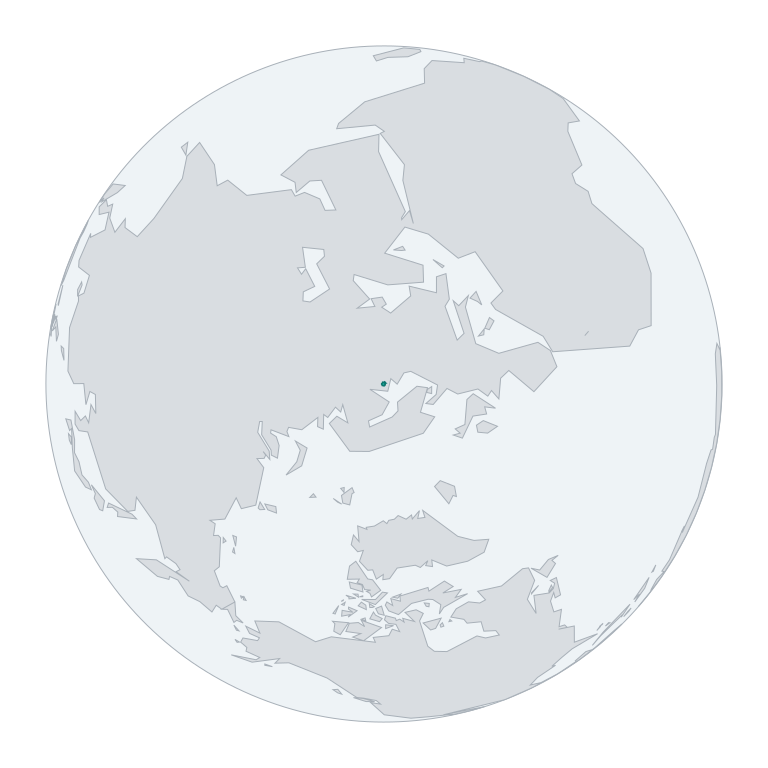 globe centered on Viljandi, rotated 203°
{"feature_id": "EST-2350", "entity_name": "Viljandi", "entity_type": "County", "adm_level": 1, "iso_a3": "EST", "parent_name": "Estonia", "parent_adm1": "", "projection": "orthographic", "projection_center": [25.42, 58.32], "detail": "fine", "context": "on_globe", "style": "filled", "palette": "teal", "viewbox_px": 768, "rotation_deg": 203, "n_neighbors": 0, "source": "natural_earth", "source_scale": "10m", "svg_char_len": 11972}
<svg xmlns="http://www.w3.org/2000/svg" viewBox="0 0 768 768"><g transform="rotate(203 384 384)"><circle cx="384" cy="384" r="338" fill="#eef3f6" stroke="#a8b0b8"/><path d="M149.0,141.1L150.5,139.8L200.1,102.7L165.4,126.3L171.5,121.3L177.1,116.9L193.6,105.1L191.6,106.9L212.4,95.4L228.6,86.9L254.5,79.6L271.7,85.5L262.1,88.0L267.4,89.6L279.8,86.9L286.6,84.8L321.5,91.1L362.6,90.2L375.3,84.4L372.8,90.5L396.7,76.4L418.8,75.0L393.9,80.2L391.5,83.7L406.6,84.1L407.3,87.9L415.1,90.4L414.6,95.1L400.1,98.4L399.5,101.7L410.3,101.9L416.6,107.1L400.9,106.2L410.3,115.4L387.8,124.0L346.3,120.0L333.7,130.7L291.0,142.9L294.9,146.5L281.2,154.2L280.6,161.5L272.8,162.2L279.1,167.4L286.3,165.4L291.4,167.1L291.8,171.4L281.9,172.9L280.3,171.0L277.6,173.7L272.5,172.7L275.2,175.6L263.2,177.3L275.4,182.0L266.2,188.7L258.2,188.2L258.7,179.8L241.2,159.7L233.2,157.6L221.5,162.3L200.0,188.4L191.3,189.9L179.8,198.0L184.7,200.7L195.5,195.5L201.7,203.1L214.1,196.3L218.5,198.6L231.4,195.6L229.7,205.3L221.1,216.5L210.3,219.8L206.2,225.0L216.8,229.8L196.9,244.0L184.3,268.1L179.1,271.2L168.6,262.1L167.9,241.8L154.3,232.2L163.4,248.0L150.3,256.2L148.2,261.8L149.1,267.3L154.2,268.1L149.7,273.2L139.1,258.9L142.9,254.0L146.3,258.4L145.9,249.2L138.6,240.6L132.6,245.9L128.0,229.0L123.6,232.8L120.2,231.6L127.5,226.5L114.3,235.6L107.9,220.7L89.8,237.6L107.3,213.8L113.4,202.0L119.2,189.7L116.2,192.1L128.0,173.9L131.7,164.1L122.9,170.4L110.8,185.2L98.7,203.8L99.7,204.0L93.6,216.6L87.9,221.4L75.5,247.7L71.2,256.1L82.9,230.7L96.6,206.3L112.2,183.2L129.8,161.4L149.0,141.1ZM63.0,278.3L62.2,281.0L57.5,297.0L57.8,299.3L56.6,310.7L52.9,320.8L55.1,320.3L52.5,333.7L52.3,364.3L51.4,364.2L50.7,402.5L56.0,436.8L57.2,451.1L56.0,452.3L59.1,463.8L59.2,467.1L77.1,512.5L90.8,541.2L93.4,551.4L87.9,546.5L89.1,549.0L78.1,527.5L68.6,505.3L60.7,482.4L54.5,459.1L50.0,435.3L47.2,411.3L46.1,387.2L46.7,363.0L49.1,339.0L53.2,315.2L58.9,291.7L59.0,291.4L59.8,288.7L63.0,278.3ZM85.3,241.3L71.5,277.5L74.5,262.1L74.8,263.7L79.3,253.4L86.1,237.1L90.1,224.8L85.3,241.3ZM89.8,245.7L91.8,240.2L90.5,245.0L89.8,245.7ZM289.6,83.4L279.9,86.5L268.5,87.9L276.4,84.7L289.6,83.4ZM311.5,82.7L307.2,84.9L301.7,82.0L305.9,81.6L311.5,82.7ZM384.3,79.7L376.3,80.2L383.8,78.5L384.3,79.7ZM416.2,90.0L418.3,88.8L421.4,90.7L416.2,90.0ZM231.4,190.6L231.3,193.0L229.0,192.3L231.4,190.6ZM237.0,187.1L234.3,184.5L236.6,182.4L238.2,184.1L237.0,187.1ZM423.6,99.7L428.0,103.4L421.0,100.1L423.6,99.7ZM239.9,190.8L241.0,179.2L245.0,175.8L254.6,179.3L239.9,190.8ZM429.0,105.9L439.9,115.4L445.3,113.3L436.1,125.1L429.9,112.8L420.3,109.0L427.3,108.9L429.0,105.9ZM288.4,163.0L280.8,165.3L286.9,159.5L288.4,163.0ZM291.1,158.9L302.4,139.7L313.9,138.8L307.8,145.2L322.4,141.3L322.4,150.2L314.4,154.4L307.0,153.1L312.6,157.6L291.1,158.9ZM429.2,130.4L429.7,133.4L426.4,130.9L429.2,130.4ZM294.0,167.4L295.2,163.5L305.3,162.3L304.6,170.0L301.5,167.9L294.0,167.4ZM326.3,136.1L333.6,136.8L335.6,144.2L338.7,145.5L323.4,150.4L326.3,136.1ZM299.4,170.3L303.9,174.1L299.5,178.6L293.4,171.2L299.4,170.3ZM308.2,158.8L312.9,158.7L310.0,161.3L308.2,158.8ZM286.3,197.3L287.6,192.2L292.9,191.1L286.3,197.3ZM305.9,175.2L307.4,173.7L309.7,172.7L311.7,176.1L305.9,175.2ZM325.9,155.4L325.2,158.4L332.3,153.7L334.1,159.3L323.5,161.7L328.8,163.0L329.4,164.8L320.2,164.8L325.9,155.4ZM320.4,177.0L307.6,182.3L304.1,191.8L299.2,193.0L305.8,177.6L320.4,177.0ZM321.1,169.7L319.6,174.4L314.3,173.3L312.1,169.4L321.1,169.7ZM339.1,162.4L339.1,153.2L341.4,153.0L339.1,162.4ZM320.4,179.9L323.5,178.5L320.8,180.7L320.4,179.9ZM334.5,167.9L334.2,164.6L336.9,164.5L334.5,167.9ZM330.0,178.8L325.8,180.4L324.2,177.8L330.0,178.8ZM332.9,174.0L336.6,174.7L326.1,175.8L332.3,172.5L332.9,174.0ZM337.1,168.4L338.5,167.2L336.8,169.8L337.1,168.4ZM338.6,188.2L325.7,190.3L322.1,184.3L335.1,183.0L338.6,188.2ZM347.2,719.9L330.7,716.8L306.9,702.5L316.5,696.3L313.5,688.4L287.4,662.9L293.1,651.0L286.0,643.4L271.4,641.1L263.1,631.3L254.2,628.3L198.5,609.9L181.5,590.4L160.9,542.1L170.9,533.3L172.6,514.9L241.3,479.6L256.1,490.1L310.4,496.2L317.2,500.3L310.9,516.1L351.8,541.4L364.8,528.8L401.7,539.3L426.1,536.6L434.5,504.7L394.5,508.6L387.4,493.2L419.3,476.7L454.3,473.1L452.7,467.1L430.4,456.6L438.3,443.3L422.7,451.8L429.2,457.5L419.6,463.3L413.1,458.4L416.1,453.8L405.6,451.9L393.8,475.5L399.1,483.9L371.4,488.5L377.6,503.2L370.1,509.8L357.0,487.6L358.2,479.4L333.8,453.0L330.1,461.9L352.8,487.7L345.8,485.3L340.9,498.4L339.1,486.6L315.3,457.0L290.3,457.1L258.6,482.5L243.9,479.8L231.6,467.5L243.0,435.5L274.4,445.2L278.9,434.9L272.4,415.1L282.5,420.0L283.7,413.4L295.6,416.1L312.2,403.6L324.3,404.5L330.7,384.4L337.8,382.4L331.9,394.7L334.3,404.0L364.3,406.1L370.0,402.0L371.8,389.0L379.8,391.6L377.7,378.8L394.9,373.6L372.2,369.5L373.7,355.0L383.9,344.0L380.4,338.8L363.6,356.8L360.6,364.7L364.5,372.6L352.8,394.8L342.5,397.6L339.4,372.2L324.5,373.6L328.6,354.0L371.3,316.1L389.2,308.7L418.9,326.3L414.8,335.9L402.1,334.1L413.9,348.9L412.9,341.3L419.6,343.7L422.7,331.2L427.6,332.4L422.2,318.7L428.5,318.8L431.8,327.4L441.8,309.8L454.9,306.8L454.8,302.3L451.0,298.4L470.1,297.7L469.2,294.5L462.6,293.4L456.5,286.4L453.1,274.1L459.9,274.5L462.1,279.0L476.8,289.5L481.4,301.9L483.8,300.9L481.4,290.2L463.5,277.4L459.6,269.9L468.8,274.6L465.1,272.3L465.3,268.7L471.8,265.7L462.0,260.0L454.7,222.4L466.6,213.5L475.6,221.5L477.7,197.5L491.0,190.5L484.8,189.4L481.7,177.9L477.5,179.9L474.3,178.5L464.2,151.4L467.2,145.8L455.9,134.0L452.7,133.5L449.9,136.9L436.1,125.1L445.3,113.3L452.0,114.8L453.3,106.9L468.4,111.7L481.5,112.4L497.2,123.0L506.2,123.1L505.6,120.1L517.4,118.4L543.6,126.5L524.8,133.2L486.1,126.4L502.1,130.0L499.2,133.4L505.4,137.4L516.6,139.9L517.5,137.6L539.2,165.2L567.7,183.1L563.9,170.4L570.1,166.6L599.2,178.7L638.0,224.1L646.6,221.9L652.7,226.4L657.7,238.2L648.9,231.8L646.4,237.9L640.7,232.9L645.7,250.6L637.7,244.2L645.6,261.6L651.8,262.2L650.3,248.5L660.5,267.1L669.7,263.1L680.0,272.4L695.5,313.1L697.6,340.9L699.7,345.7L695.7,350.4L697.6,368.9L710.8,372.4L713.0,378.6L712.8,408.1L711.5,404.3L701.0,416.8L704.3,434.7L712.4,428.7L715.4,435.8L711.5,445.1L707.8,439.6L704.0,443.6L701.3,429.6L691.0,418.5L686.7,435.1L683.5,426.8L668.7,423.2L660.5,446.4L649.9,494.4L654.4,516.6L648.1,534.3L625.8,519.7L615.0,501.3L607.5,510.6L584.0,504.0L545.2,526.7L539.2,522.2L532.0,529.3L515.4,529.3L506.1,520.8L496.3,525.4L521.1,547.1L531.6,541.9L539.6,526.0L544.7,534.9L560.6,536.2L544.7,569.7L486.2,611.9L479.8,595.8L431.7,551.0L432.8,544.2L432.6,543.5L431.9,542.2L428.3,553.6L419.7,543.2L446.2,578.8L450.9,593.9L485.4,613.2L482.4,616.7L493.3,618.9L527.3,600.5L527.6,606.1L512.0,636.2L464.2,676.8L470.2,690.0L466.2,700.5L435.7,711.1L437.8,715.0L421.9,718.1L420.5,719.4L407.4,721.1L403.8,721.3L375.5,721.8L347.2,719.9ZM218.1,507.0L216.3,512.5L218.1,507.0ZM492.0,484.3L512.4,478.0L502.0,460.7L509.0,457.1L502.8,452.8L501.1,459.5L485.9,446.8L494.3,437.3L491.1,428.8L484.1,430.6L471.2,450.2L492.9,468.3L488.7,478.3L492.0,484.3ZM52.4,365.2L52.0,370.8L51.7,365.9L52.4,365.2ZM72.5,263.5L70.7,269.8L69.0,274.4L69.9,270.2L72.5,263.5ZM63.9,315.6L63.1,323.7L62.9,316.9L63.9,315.6ZM69.9,283.1L64.4,309.6L64.2,297.8L68.0,281.3L66.8,290.4L69.9,283.1ZM85.6,247.7L84.0,252.1L82.8,252.5L85.6,247.7ZM88.9,249.3L89.1,247.9L91.0,244.8L88.9,249.3ZM150.9,257.0L151.6,258.3L151.4,264.3L149.2,262.4L150.9,257.0ZM164.1,286.7L156.7,294.3L160.5,287.3L156.0,285.8L158.4,269.7L176.7,271.9L168.0,273.6L164.1,286.7ZM166.6,249.5L163.0,259.0L166.2,248.5L166.6,249.5ZM278.8,376.3L282.8,382.2L278.3,389.1L263.0,389.4L269.4,379.3L278.8,376.3ZM289.6,389.2L290.7,364.8L300.3,364.1L294.7,368.5L300.9,370.5L293.7,378.3L301.6,402.1L298.1,409.9L271.9,405.3L282.4,402.3L277.8,396.5L289.6,389.2ZM276.9,308.4L277.5,299.1L297.4,309.4L294.5,317.0L279.1,317.4L273.4,308.7L276.9,308.4ZM256.6,199.7L255.6,196.5L258.3,195.9L261.4,198.2L256.6,199.7ZM286.5,195.0L264.0,213.9L261.7,210.9L251.4,226.2L241.2,224.6L248.2,214.6L232.7,225.1L234.9,215.5L225.1,223.7L241.8,201.7L243.2,193.9L245.5,203.1L254.8,204.7L259.3,203.1L272.9,192.8L280.6,177.4L291.0,177.0L296.4,180.9L296.2,184.5L289.4,183.5L293.9,189.1L284.0,190.5L286.5,195.0ZM353.1,233.1L345.4,229.2L352.8,243.1L342.9,243.5L344.4,245.1L337.3,249.5L331.2,257.8L326.8,256.6L326.3,260.4L321.6,263.6L319.6,268.4L310.8,268.2L307.5,274.2L305.2,270.8L301.9,281.3L300.4,273.4L294.2,277.2L299.0,282.8L256.6,272.6L240.0,275.2L226.9,282.0L226.1,268.3L237.7,253.6L255.2,240.9L271.3,240.7L268.0,234.9L274.7,233.1L274.6,238.5L278.9,229.3L284.4,229.4L300.0,219.7L302.8,207.0L308.6,203.4L310.2,208.4L314.8,201.4L321.8,208.5L326.1,206.2L337.3,211.2L338.0,222.7L342.7,219.3L351.4,223.3L353.1,233.1ZM341.5,189.9L344.6,202.9L340.7,209.8L322.8,198.2L318.0,199.3L306.4,192.8L312.3,183.1L315.1,185.8L319.1,186.3L315.7,189.1L321.5,187.2L325.5,191.0L331.1,190.6L330.5,194.8L341.5,189.9ZM324.9,495.0L330.1,496.5L338.4,496.7L335.4,505.2L324.9,495.0ZM308.3,475.1L313.0,474.8L312.9,486.4L307.4,485.1L308.3,475.1ZM315.8,465.0L313.3,473.9L311.4,468.3L315.8,465.0ZM336.4,393.8L341.5,392.9L341.9,396.0L339.1,400.3L336.4,393.8ZM372.9,276.1L369.1,272.4L370.6,270.6L368.3,259.3L375.4,258.3L379.6,264.8L372.9,276.1ZM427.7,511.1L420.6,518.0L416.9,515.5L420.1,513.7L427.7,511.1ZM375.8,513.8L387.6,517.7L374.8,516.1L375.8,513.8ZM380.2,273.2L378.5,268.6L383.1,271.0L380.2,273.2ZM380.5,257.1L386.0,258.8L376.0,256.9L380.5,257.1ZM522.1,682.0L497.2,701.1L481.8,706.0L479.9,704.4L489.8,694.6L508.0,686.2L517.2,678.4L522.1,682.0ZM715.4,449.8L711.5,462.3L699.8,465.6L704.2,456.0L715.0,441.4L714.5,445.9L717.0,439.9L715.4,449.8ZM720.2,417.9L720.1,419.1L719.8,415.1L720.0,406.6L720.8,399.6L719.3,354.1L719.7,348.5L721.2,364.5L721.3,363.7L721.9,390.8L720.2,417.9ZM655.8,517.3L663.1,522.8L659.1,529.9L655.8,517.3ZM715.3,330.4L718.2,349.5L714.4,328.9L715.3,330.4ZM711.0,314.7L712.6,317.9L711.4,318.8L711.0,314.7ZM702.9,351.3L702.2,359.8L700.6,357.2L700.3,344.9L702.9,351.3ZM687.8,280.7L694.0,288.7L696.0,292.8L692.7,291.5L687.8,280.7ZM438.6,261.9L433.9,278.3L435.2,290.3L443.3,296.9L429.8,295.0L427.8,276.5L438.6,261.9ZM452.0,227.0L444.8,221.9L449.1,219.8L451.4,220.7L452.0,227.0ZM446.8,227.0L435.7,228.9L432.5,223.2L441.8,222.8L446.8,227.0ZM408.0,250.6L406.1,255.4L402.4,253.3L408.0,250.6ZM715.3,317.5L715.4,319.2L717.1,329.5L712.0,304.7L713.0,306.8L714.0,311.3L715.3,317.5ZM712.8,310.2L714.6,319.7L711.7,307.0L712.8,310.2ZM714.1,319.4L712.6,315.8L712.1,310.6L714.1,319.4ZM712.2,306.6L709.0,297.7L710.2,299.2L712.2,306.6ZM708.4,308.3L710.1,303.2L710.7,316.1L703.1,302.5L702.2,295.3L708.4,308.3ZM655.0,215.0L651.0,213.0L648.1,206.0L651.7,209.3L655.0,215.0ZM634.8,183.1L646.0,203.6L654.2,221.0L655.2,218.3L663.3,227.6L658.1,228.5L647.0,211.8L642.0,199.8L634.4,193.3L626.5,182.3L617.7,178.1L612.0,172.3L618.5,172.5L634.8,183.1ZM614.0,176.9L595.7,167.3L593.4,157.4L596.8,157.3L606.2,165.7L606.9,170.4L614.0,176.9ZM590.6,162.2L591.0,166.8L565.1,165.7L559.0,163.1L577.5,157.9L579.0,162.1L585.8,164.4L590.6,162.2ZM433.2,132.9L430.0,133.3L431.6,131.1L433.2,132.9ZM472.0,179.9L468.0,177.7L470.0,174.9L472.0,179.9ZM457.8,170.2L458.4,174.9L455.0,169.7L457.8,170.2ZM460.0,185.6L457.2,176.7L464.0,185.5L460.0,185.6Z" fill="#d9dde1" stroke="#a8b0b8" stroke-width="1"/><path d="M383.7,385.7L383.5,385.4L383.5,385.5L383.6,385.8L383.4,386.0L383.3,385.9L383.3,385.7L383.2,385.5L382.9,385.5L382.8,385.4L382.7,385.4L382.8,385.3L382.8,385.2L383.0,385.1L383.0,384.9L383.1,384.7L383.3,384.7L383.4,384.4L383.5,384.3L383.4,384.2L383.2,384.1L382.8,383.9L382.7,384.0L382.6,383.9L382.6,383.7L382.6,383.4L382.7,383.2L382.8,382.8L383.0,382.7L383.3,382.5L383.4,382.4L383.4,382.2L383.5,382.2L383.8,382.3L384.1,382.3L384.2,382.2L384.3,382.2L384.6,382.0L385.0,381.9L385.1,382.0L385.0,382.3L385.3,382.3L385.5,382.4L385.6,382.5L385.8,382.6L386.0,382.8L386.2,383.0L386.3,383.4L386.1,383.7L386.0,383.9L385.9,384.1L385.9,384.6L386.0,385.1L385.7,385.2L385.4,385.0L385.2,385.2L385.3,385.2L385.3,385.3L385.2,385.3L384.9,385.5L384.7,385.6L384.6,385.8L384.5,386.0L384.4,386.2L384.2,386.1L384.0,385.8L383.9,385.7L383.7,385.7Z" fill="#14b8a6" stroke="#0f766e" stroke-width="1.5"/></g></svg>